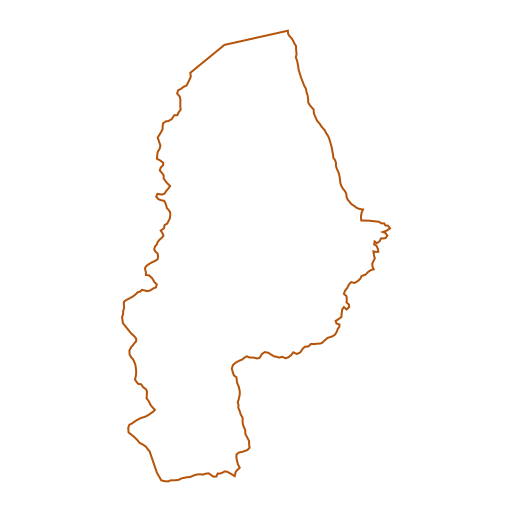 Lençóis, Bahia, Brazil (orthographic projection)
{"feature_id": "56859067B12550544073428", "entity_name": "Lençóis", "entity_type": "district", "adm_level": 2, "iso_a3": "BRA", "parent_name": "Brazil", "parent_adm1": "Bahia", "projection": "orthographic", "projection_center": [-41.337, -12.43], "detail": "fine", "context": "isolated", "style": "outline", "palette": "amber", "viewbox_px": 512, "rotation_deg": 0, "n_neighbors": 0, "source": "geoboundaries", "source_scale": "gbopen_adm2", "svg_char_len": 4676}
<svg xmlns="http://www.w3.org/2000/svg" viewBox="0 0 512 512"><path d="M341.6,314.0L342.3,309.3L343.9,307.1L346.6,309.5L349.2,307.0L348.9,304.5L346.5,302.5L346.8,299.6L346.5,296.2L343.9,293.8L345.2,290.4L347.1,288.2L348.1,286.1L349.3,283.9L351.3,282.1L354.4,283.0L357.9,281.0L360.3,278.7L361.6,276.0L365.6,274.6L368.3,271.8L370.9,270.1L373.7,269.3L372.6,267.0L372.2,263.8L373.5,261.0L374.8,258.4L374.0,255.3L373.4,251.4L376.0,251.9L378.3,251.8L377.9,248.9L376.5,245.8L374.2,244.5L374.6,241.5L376.8,243.2L379.6,241.3L381.1,238.3L383.5,238.5L385.8,237.9L387.3,235.6L385.4,232.9L382.9,232.0L386.7,230.6L390.0,228.3L388.1,225.7L385.3,225.4L384.2,223.4L381.2,223.3L379.1,221.8L369.2,220.7L361.3,220.5L360.9,216.8L361.6,212.7L363.0,209.5L359.7,209.0L356.9,208.0L354.6,206.2L351.6,204.3L349.7,202.0L347.6,199.5L346.5,196.7L346.3,193.9L344.9,191.0L342.9,188.7L341.4,186.1L340.4,183.3L340.1,180.5L339.8,178.0L339.2,174.9L338.3,171.8L336.9,169.0L336.0,166.1L335.9,162.4L334.8,159.7L333.3,157.9L333.1,154.8L332.5,152.0L332.0,148.7L331.1,145.1L330.1,141.6L329.1,138.3L328.0,135.9L326.2,133.2L324.7,130.2L321.8,127.0L319.5,123.5L317.2,120.9L315.2,116.6L313.9,113.4L313.6,109.4L311.5,107.2L309.7,105.0L308.2,102.5L308.2,99.2L307.5,95.1L306.5,92.1L305.9,88.7L304.2,85.7L303.3,83.4L301.7,79.3L300.6,76.1L299.7,73.1L298.5,69.3L298.3,66.9L297.8,64.5L297.2,61.1L295.8,57.3L296.6,54.1L296.1,49.8L296.0,46.0L294.6,43.9L293.2,40.9L291.5,38.2L289.6,36.2L288.1,33.8L287.9,30.7L224.4,44.9L190.3,72.8L190.8,76.7L189.3,80.0L188.2,82.3L186.6,85.5L183.3,87.0L180.8,89.0L178.2,90.2L177.1,93.4L179.8,96.7L180.4,99.8L180.3,106.0L180.6,109.7L178.5,112.5L177.3,115.2L174.3,115.2L171.7,119.1L168.5,121.0L165.7,121.4L163.1,123.3L162.6,126.4L162.6,129.2L160.8,132.5L159.4,134.9L157.7,137.5L159.1,141.8L160.4,145.5L159.8,148.3L157.6,152.3L157.3,155.1L156.9,158.7L160.4,160.6L163.3,162.8L163.0,165.4L160.7,167.6L159.8,170.5L162.4,173.5L163.7,175.6L163.6,178.5L165.4,181.0L167.4,183.4L170.1,186.0L168.0,189.0L165.9,191.3L164.6,193.6L161.9,194.6L157.5,193.8L156.2,196.7L158.3,199.1L161.0,200.2L164.1,200.8L165.4,203.1L166.2,205.3L166.8,208.0L168.5,209.8L170.1,212.2L170.3,214.6L169.9,218.2L168.8,220.5L167.2,223.6L164.6,225.0L164.0,228.3L160.7,230.6L162.7,233.5L163.5,235.8L161.7,237.8L159.7,239.6L157.6,242.0L157.0,244.2L154.9,246.7L154.2,249.6L155.8,252.0L157.5,253.4L158.1,256.0L157.6,259.3L155.1,260.9L151.8,262.4L148.6,264.3L146.1,266.2L144.9,268.4L145.9,272.1L145.9,275.0L149.2,275.4L152.4,278.6L154.2,281.8L156.8,284.4L156.0,287.3L153.1,288.5L150.7,290.2L147.7,291.2L144.8,290.5L142.0,289.8L140.1,291.7L137.6,292.3L135.6,294.4L132.4,296.8L129.4,298.4L126.0,300.2L124.0,301.7L123.8,304.1L124.2,307.6L123.1,311.3L123.1,314.2L122.0,317.1L122.5,320.3L122.9,323.1L130.7,332.9L134.6,336.6L136.2,338.7L136.1,341.3L134.4,343.2L132.8,345.3L131.0,347.4L129.4,350.5L129.6,354.6L131.4,357.6L133.1,359.4L134.2,361.9L135.3,364.4L135.9,368.3L136.2,371.9L136.0,375.1L135.0,379.5L136.7,382.2L138.3,383.9L141.2,384.3L143.2,387.3L145.8,389.1L147.0,391.5L146.6,398.4L148.3,400.5L149.5,402.6L150.6,405.0L152.6,407.5L154.9,409.9L153.0,411.9L150.9,413.2L148.8,414.8L145.0,416.8L140.9,418.0L137.4,419.8L134.2,421.8L132.1,423.4L129.4,424.7L128.2,428.0L128.6,432.5L131.7,434.9L134.1,436.9L137.3,440.0L139.6,442.9L142.8,444.5L146.0,446.7L147.8,449.3L149.6,451.3L156.9,472.7L161.3,480.4L165.1,481.3L168.5,481.3L170.7,480.3L174.6,480.3L178.5,479.9L181.7,478.3L183.9,477.9L186.4,477.3L190.2,477.0L194.9,475.0L198.2,474.3L200.7,474.3L203.1,474.6L205.9,473.6L208.9,473.4L211.6,475.5L213.6,476.7L216.4,476.5L217.7,473.5L220.0,473.6L222.3,472.7L224.8,471.4L227.3,471.8L229.5,473.0L234.7,476.1L235.6,472.2L237.0,470.3L239.7,467.7L237.9,464.3L237.1,461.1L236.4,457.6L236.5,454.5L238.7,452.6L242.9,451.7L247.6,449.9L249.6,447.6L249.1,444.7L249.1,441.1L247.3,437.6L245.4,434.1L245.2,430.0L243.8,427.0L242.7,423.5L242.6,420.6L242.6,417.7L240.7,414.5L239.8,411.4L238.3,407.8L238.5,405.0L237.7,402.4L238.6,399.7L239.2,397.2L239.7,394.8L239.8,391.8L239.3,389.3L238.9,387.0L237.8,384.5L236.9,381.9L236.5,377.3L233.9,375.4L232.6,371.7L231.8,368.5L233.0,365.0L235.5,362.8L237.6,361.6L239.8,360.5L242.1,359.6L244.0,358.0L246.8,356.3L249.5,357.5L253.7,357.6L257.3,358.5L259.9,357.6L261.7,354.1L264.8,352.1L268.4,352.8L271.1,354.6L274.2,356.4L276.7,356.8L279.1,357.6L282.2,356.8L285.7,358.3L288.5,357.2L291.1,355.2L293.3,352.3L296.8,354.0L300.3,352.4L302.8,348.6L305.0,346.7L308.5,346.4L311.0,343.9L314.0,344.1L317.3,343.7L320.1,343.6L322.2,342.8L324.3,340.7L327.6,337.9L332.3,336.4L334.7,334.9L336.5,332.3L337.8,328.9L339.3,326.9L339.5,324.5L336.5,323.5L335.6,320.9L338.4,319.2L341.4,317.0L341.6,314.0Z" fill="none" stroke="#b45309" stroke-width="2"/></svg>